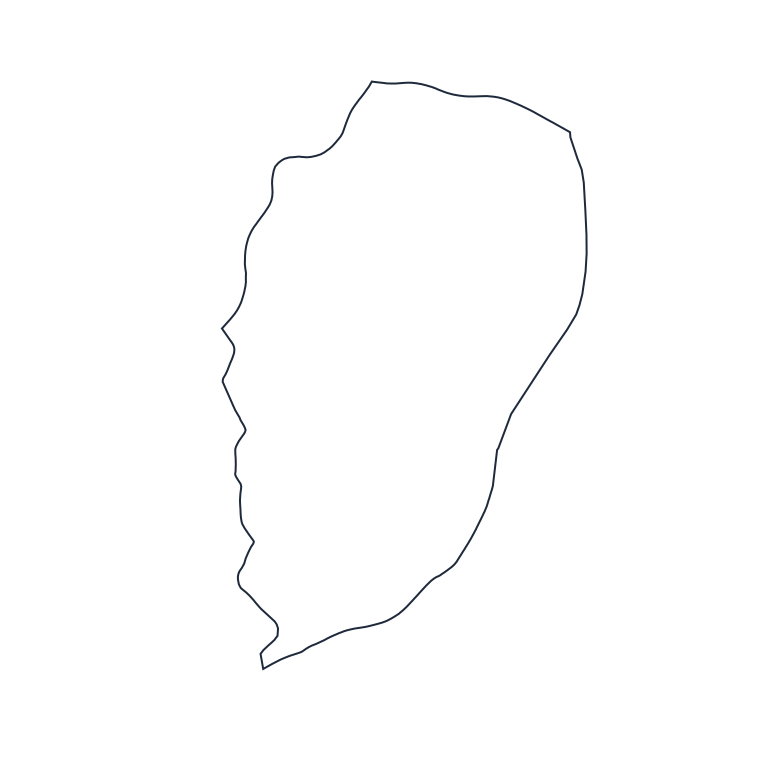 the district of Hoeksche Waard, Zuid-Holland, Netherlands, rotated 284°
{"feature_id": "6326949B49925038629159", "entity_name": "Hoeksche Waard", "entity_type": "district", "adm_level": 2, "iso_a3": "NLD", "parent_name": "Netherlands", "parent_adm1": "Zuid-Holland", "projection": "mercator", "projection_center": [4.434, 51.765], "detail": "fine", "context": "isolated", "style": "outline", "palette": "slate", "viewbox_px": 768, "rotation_deg": 284, "n_neighbors": 0, "source": "geoboundaries", "source_scale": "gbopen_adm2", "svg_char_len": 6072}
<svg xmlns="http://www.w3.org/2000/svg" viewBox="0 0 768 768"><g transform="rotate(284 384 384)"><path d="M483.5,217.0L479.3,217.4L475.1,218.1L474.7,218.2L470.6,219.1L466.6,220.0L462.8,221.4L462.0,221.7L458.6,223.1L458.2,223.3L454.7,224.0L453.9,224.2L450.0,225.2L449.8,225.3L449.3,225.4L448.3,225.5L445.3,225.9L442.0,226.0L440.6,226.1L436.8,226.1L429.8,225.7L428.6,225.6L424.4,224.8L423.9,224.7L420.2,223.7L419.9,223.6L416.4,222.3L415.8,222.1L415.4,221.9L409.7,219.2L399.3,213.7L398.7,213.3L389.6,223.7L388.3,225.3L386.8,227.0L385.4,228.3L383.8,229.4L381.9,230.3L380.0,230.7L378.0,231.0L375.8,230.9L373.7,230.7L371.6,230.5L367.5,229.8L365.3,229.5L361.1,229.0L359.0,228.7L356.9,228.3L354.9,227.9L352.9,227.3L351.4,226.8L350.2,226.6L349.9,226.6L348.6,226.7L347.9,226.8L347.0,227.0L327.0,242.5L322.8,245.8L318.6,249.9L316.5,252.0L314.4,253.4L310.2,257.6L308.1,259.4L306.0,260.8L303.9,260.8L301.8,260.2L297.5,258.5L293.3,256.9L289.0,255.9L286.9,255.5L284.8,255.5L283.0,255.9L280.5,256.6L275.8,258.1L269.9,259.7L263.4,261.1L260.8,261.3L259.3,262.0L257.8,263.3L255.8,265.3L252.5,268.9L251.2,269.7L249.9,270.3L248.1,270.6L243.5,271.1L240.5,271.6L236.3,272.4L232.1,273.6L228.1,274.9L224.0,276.1L220.0,277.4L215.8,279.2L213.6,280.6L210.5,283.5L205.5,289.1L200.4,295.2L199.8,295.7L198.9,295.9L197.9,295.8L196.9,295.6L193.8,294.4L187.9,293.1L181.3,292.0L175.9,291.8L171.0,290.5L168.0,289.3L165.8,288.8L163.6,288.7L161.5,288.9L159.2,289.5L154.8,291.5L153.0,292.9L151.3,294.6L150.3,296.6L148.4,300.7L146.4,304.2L146.0,304.9L143.9,308.0L142.5,310.1L141.1,311.8L140.0,313.4L138.3,315.8L137.6,316.8L136.2,318.9L134.8,321.4L134.1,322.7L130.4,329.5L127.1,335.5L124.7,338.1L121.2,340.3L119.7,340.6L113.8,341.6L110.7,340.2L109.3,339.7L108.1,338.9L106.8,338.1L105.2,337.0L104.0,336.2L103.5,335.8L96.7,331.4L92.3,329.5L78.3,335.7L85.6,343.5L89.1,347.5L91.3,350.0L93.4,352.7L95.6,355.7L97.8,358.9L99.9,362.3L102.1,365.8L103.2,367.5L104.3,369.0L104.9,369.5L105.4,370.0L106.4,370.9L107.5,371.8L108.6,372.8L109.9,374.1L110.7,374.9L111.8,376.2L112.9,377.5L115.0,380.5L117.2,383.3L119.4,386.0L121.5,388.6L122.5,389.6L123.4,390.6L125.8,393.4L128.0,396.2L130.1,399.0L131.2,400.4L132.3,402.0L133.4,403.6L134.5,405.1L136.0,407.6L136.6,408.7L137.7,410.8L138.4,412.2L138.7,412.8L138.8,413.0L139.4,414.3L140.0,415.5L140.3,416.4L140.9,417.8L141.1,418.1L141.5,419.4L141.9,420.2L142.9,422.6L143.3,423.6L144.3,425.7L145.4,427.9L146.5,430.0L147.7,432.2L148.6,433.9L149.9,436.2L150.8,437.8L151.9,439.7L153.0,441.4L153.5,442.1L154.1,443.0L155.2,444.4L157.3,446.8L158.6,448.2L160.6,450.2L162.8,452.3L163.8,453.2L164.8,454.2L166.1,455.0L166.9,455.6L169.1,457.2L171.1,458.5L172.4,459.3L172.7,459.5L173.5,460.0L175.1,460.9L175.8,461.3L179.3,463.2L179.5,463.3L180.1,463.7L183.1,465.3L183.5,465.5L184.5,466.1L187.5,467.7L187.6,467.8L188.0,468.0L189.4,468.7L192.9,470.6L195.3,471.9L198.6,473.7L199.4,474.2L201.0,475.2L201.8,475.7L203.8,476.9L204.4,477.3L204.8,477.6L205.1,477.8L205.3,478.0L206.0,478.5L206.7,479.1L207.4,479.6L207.8,480.0L208.1,480.3L208.6,480.8L209.2,481.4L209.8,482.1L210.5,483.1L211.3,484.0L211.9,484.7L212.3,485.1L212.8,485.4L214.7,487.1L216.3,488.6L217.7,489.7L218.2,490.2L220.2,491.8L222.0,493.3L222.5,493.6L222.9,493.9L223.3,494.3L223.5,494.4L224.0,494.7L224.7,495.2L225.0,495.3L225.3,495.6L225.5,495.7L225.7,495.8L226.6,496.3L227.1,496.6L227.3,496.6L227.9,496.9L228.9,497.4L229.1,497.4L229.2,497.5L229.9,497.7L230.5,497.9L230.9,498.0L231.4,498.2L232.1,498.4L240.6,501.2L243.8,502.3L246.0,502.9L246.3,503.1L248.0,503.6L249.8,504.2L252.6,505.0L254.5,505.6L256.8,506.2L259.5,506.9L261.0,507.3L263.1,507.8L264.9,508.3L266.6,508.6L272.6,509.9L279.9,511.5L281.6,511.8L282.1,511.9L283.1,512.1L284.8,512.5L285.9,512.6L287.0,512.8L288.4,513.0L289.6,513.2L290.8,513.3L292.5,513.4L296.5,513.6L298.8,513.8L299.3,513.8L303.9,514.0L307.3,514.2L311.3,514.3L347.4,509.7L349.3,510.5L385.6,514.6L409.0,522.7L452.9,537.9L481.0,548.5L498.0,553.7L507.7,554.6L519.1,554.7L541.8,552.4L559.4,549.1L577.6,544.4L600.4,537.6L627.8,529.1L639.8,524.0L649.6,517.1L668.4,505.2L673.3,503.6L675.0,497.5L676.7,491.3L678.7,484.0L679.2,481.8L683.3,466.6L684.1,463.7L684.7,461.3L685.8,456.3L687.2,449.4L688.1,444.1L688.9,438.9L689.0,438.5L689.3,435.3L689.5,433.2L689.6,431.5L689.7,429.5L689.7,428.0L689.7,426.1L689.7,425.5L689.3,420.9L688.4,415.1L688.1,413.6L687.6,411.7L686.3,407.1L684.8,401.9L683.6,397.2L682.7,392.6L682.6,391.7L682.4,390.6L682.4,390.4L682.4,390.1L682.1,387.8L682.0,386.8L681.6,381.1L681.6,380.5L681.7,375.9L681.7,375.1L682.1,370.9L682.9,364.7L683.2,363.4L683.5,360.8L683.8,358.3L683.8,356.8L683.9,354.8L684.0,352.7L684.0,351.7L684.0,349.6L684.0,347.6L683.9,346.3L683.8,345.4L683.7,344.1L683.7,343.0L683.0,338.1L682.9,337.6L682.2,334.5L681.6,332.5L680.8,329.9L679.3,325.4L678.3,322.4L677.4,318.8L677.3,318.3L676.7,315.7L676.3,313.6L676.0,310.8L675.4,306.3L675.0,303.5L674.5,299.0L670.9,298.0L668.8,297.4L667.1,296.7L666.7,296.5L662.5,294.9L660.4,294.0L658.3,293.1L656.1,292.1L653.8,291.0L650.1,289.5L647.7,288.5L644.5,287.3L643.3,286.9L642.1,286.5L638.5,285.6L635.9,285.2L633.8,284.9L632.0,284.6L629.3,284.3L626.7,284.0L618.2,283.2L617.1,283.0L616.0,282.7L615.0,282.4L613.6,282.0L613.0,281.7L610.6,280.6L608.6,279.6L606.9,278.8L606.5,278.6L603.7,277.1L602.6,276.5L601.3,275.7L600.1,274.8L599.7,274.6L599.1,274.2L597.9,273.1L594.4,270.2L591.5,267.0L588.9,262.8L586.8,258.5L586.7,258.3L586.1,256.6L585.3,254.3L584.6,250.1L584.2,247.6L584.1,246.8L583.9,245.9L582.3,241.6L581.0,237.4L579.2,234.3L578.9,233.7L578.5,233.1L578.2,232.8L577.9,232.3L577.3,231.7L577.0,231.4L576.6,231.0L574.6,229.3L574.2,229.0L573.0,228.1L572.9,228.0L572.7,227.9L572.2,227.6L570.5,226.8L568.8,225.9L568.4,225.8L564.4,225.4L564.2,225.4L560.0,225.6L555.7,226.0L554.3,226.3L551.7,226.8L547.3,228.2L543.0,229.5L538.8,230.2L534.6,230.3L530.5,229.7L530.3,229.6L529.7,229.5L529.1,229.3L526.1,228.3L521.8,226.8L517.6,225.1L516.5,224.6L513.3,223.3L510.7,222.2L509.0,221.6L504.8,219.8L500.5,218.5L500.1,218.4L497.8,217.9L496.2,217.6L494.5,217.3L492.0,217.0L487.8,216.9L485.8,216.9L483.5,217.0Z" fill="none" stroke="#1e293b" stroke-width="2"/></g></svg>